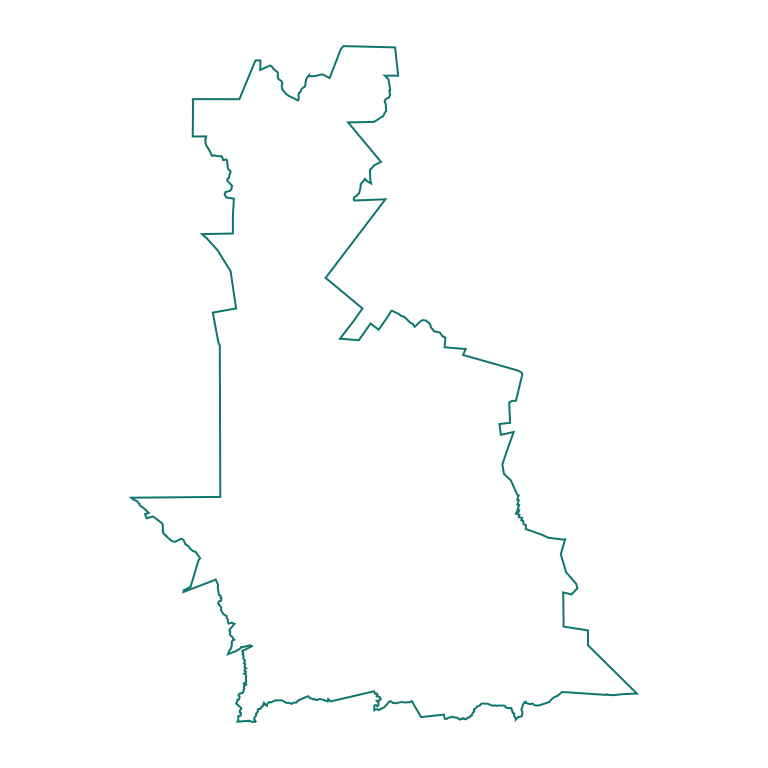 Buenaventura, Chihuahua, Mexico
{"feature_id": "50627088B21405977079278", "entity_name": "Buenaventura", "entity_type": "district", "adm_level": 2, "iso_a3": "MEX", "parent_name": "Mexico", "parent_adm1": "Chihuahua", "projection": "albers", "projection_center": [-107.167, 30.188], "detail": "fine", "context": "isolated", "style": "outline", "palette": "teal", "viewbox_px": 768, "rotation_deg": 0, "n_neighbors": 0, "source": "geoboundaries", "source_scale": "gbopen_adm2", "svg_char_len": 6077}
<svg xmlns="http://www.w3.org/2000/svg" viewBox="0 0 768 768"><path d="M212.8,312.6L218.4,342.6L219.8,345.4L220.3,496.9L131.2,497.7L133.3,499.5L137.1,501.2L139.4,503.9L139.6,505.3L143.3,507.8L148.8,512.9L145.0,514.1L146.7,518.3L153.0,516.4L161.9,523.1L162.7,524.3L162.9,529.2L162.6,530.3L163.3,531.0L162.8,532.5L164.8,534.8L165.7,535.1L165.8,535.8L166.3,535.8L167.1,537.0L171.8,541.1L174.6,541.8L176.3,541.3L181.0,538.7L183.4,539.7L185.5,544.5L188.3,546.0L190.6,549.1L193.0,551.1L195.5,551.8L200.2,558.3L198.6,560.0L190.6,586.8L183.7,590.4L183.5,592.0L215.7,579.6L218.0,584.7L217.8,587.7L218.9,594.8L219.3,594.7L221.2,597.0L220.6,598.0L221.4,598.7L221.3,600.2L220.9,600.9L219.8,600.9L218.6,601.9L218.1,603.3L221.1,607.3L220.9,609.9L223.4,614.1L226.7,616.1L226.6,617.6L228.0,620.1L227.7,621.5L228.7,623.6L231.5,622.7L234.5,623.9L229.4,629.9L229.4,630.8L230.2,631.4L230.3,632.0L229.8,634.8L232.6,637.3L233.4,639.2L234.1,639.7L232.9,640.2L231.7,642.0L231.9,644.5L231.6,646.2L230.7,648.9L229.2,651.0L228.0,654.2L236.1,651.1L240.9,648.0L241.2,647.0L243.5,646.9L250.5,645.3L251.9,646.2L244.2,650.2L242.5,650.6L242.3,651.6L243.4,653.0L242.6,654.5L243.7,656.1L243.3,658.3L243.8,659.5L244.9,660.3L244.8,661.6L243.9,663.0L245.2,664.2L244.5,667.0L246.1,668.2L244.8,669.0L244.9,670.1L244.5,670.5L244.7,671.3L245.7,671.6L245.6,673.0L244.2,673.7L245.5,674.5L246.2,675.9L245.8,679.5L246.3,681.4L244.7,682.9L245.6,682.8L246.3,684.0L246.2,684.5L244.4,684.0L244.1,684.6L244.7,685.9L243.8,686.8L244.3,688.5L243.6,689.5L243.8,690.8L242.9,692.1L243.0,692.6L239.6,693.7L238.6,694.5L238.7,695.7L239.6,696.7L239.1,699.1L238.7,699.6L237.3,699.8L237.2,701.4L236.2,703.5L241.2,708.1L241.0,709.1L239.8,710.7L239.9,712.5L241.0,712.9L240.7,715.5L238.2,716.2L238.3,720.2L237.5,721.7L247.4,720.9L248.1,721.4L249.3,720.6L251.6,721.8L253.3,721.8L254.3,721.2L254.7,721.9L255.3,721.9L255.7,721.4L254.2,719.1L254.2,718.3L256.0,715.6L256.0,714.0L257.9,711.5L257.7,709.5L259.1,708.7L260.4,708.9L261.6,706.7L262.6,706.5L263.9,702.8L264.8,703.6L264.8,704.5L265.4,705.0L265.8,704.8L266.9,705.6L267.0,704.5L268.3,702.7L269.5,702.0L270.7,702.5L275.5,700.3L279.2,700.3L282.1,700.4L286.1,702.8L288.7,702.8L291.8,703.9L293.2,702.7L296.3,702.6L297.9,700.6L298.5,700.8L299.0,700.1L307.7,696.3L308.4,696.3L310.0,698.2L311.4,698.4L312.9,699.4L314.4,698.9L315.2,699.6L316.7,700.1L319.1,699.2L321.7,699.3L327.7,701.5L328.2,699.1L330.7,701.4L374.0,691.3L375.1,693.8L376.7,693.4L377.6,694.5L376.8,696.3L379.7,697.0L380.7,699.0L378.6,701.2L377.8,700.6L376.8,700.9L378.3,702.3L378.6,704.7L377.5,706.3L376.1,705.1L375.0,705.2L374.2,706.0L374.4,709.8L374.8,709.3L375.0,709.7L376.8,709.2L379.0,709.9L384.4,707.2L389.6,701.3L391.1,701.4L393.0,703.1L395.0,702.9L395.6,703.3L401.2,702.0L405.0,702.5L410.1,702.2L411.8,701.1L421.1,717.1L443.9,714.6L444.8,718.8L447.0,718.8L447.9,717.9L450.9,717.4L452.4,716.6L454.0,717.4L456.8,717.6L460.0,719.6L461.1,718.7L462.3,719.0L462.4,718.5L463.6,718.2L464.2,718.9L465.9,719.3L467.5,717.8L469.8,717.0L470.5,715.7L471.7,715.6L472.6,713.0L474.3,711.5L473.8,710.3L473.9,709.4L474.7,709.1L477.1,706.6L480.0,705.5L480.4,704.5L482.2,703.5L487.4,703.7L493.0,705.9L494.9,705.3L496.6,706.0L497.6,705.5L503.7,705.5L505.2,706.2L505.4,707.1L507.2,708.0L511.3,708.1L512.1,711.0L512.5,711.1L512.6,712.8L514.3,713.5L514.0,715.7L515.8,718.7L515.8,719.5L517.9,717.2L521.8,716.2L522.5,712.0L521.5,710.1L521.5,708.8L522.3,707.4L523.1,704.2L524.6,702.2L525.7,701.8L525.9,703.0L530.3,704.2L532.6,703.5L534.2,705.0L535.8,705.5L539.0,705.4L548.9,702.2L552.6,698.3L555.2,696.6L557.1,696.1L562.2,692.0L606.2,694.9L606.6,694.3L607.5,694.8L613.5,695.2L622.3,694.2L636.8,693.5L588.0,645.3L587.9,630.4L563.6,626.6L563.2,592.4L571.4,594.5L577.4,588.3L576.3,584.0L566.1,572.2L560.8,554.3L565.1,539.3L563.3,539.6L548.3,537.7L541.7,534.7L525.7,529.0L525.9,524.9L523.6,524.2L523.1,520.8L521.3,520.2L522.1,518.1L518.7,516.9L519.4,514.8L516.0,513.7L516.9,511.5L518.5,512.1L519.2,510.1L517.6,509.5L519.1,505.1L517.4,504.5L518.8,500.2L517.2,499.7L518.6,495.3L517.6,495.0L517.0,494.1L510.7,480.2L503.9,473.8L502.4,464.3L508.2,447.1L513.7,432.0L500.8,434.8L499.5,424.0L510.1,422.8L509.2,402.5L512.1,400.9L515.9,400.9L522.3,374.5L521.8,372.6L517.7,370.5L463.1,355.0L465.6,349.0L444.6,347.3L445.4,337.8L444.0,336.7L443.8,337.0L442.5,336.2L440.0,332.7L433.7,331.1L432.6,329.1L431.4,328.3L429.8,323.7L426.1,320.6L423.0,320.1L421.2,320.7L414.7,326.8L412.6,323.7L410.6,323.0L403.9,316.5L401.3,316.1L399.1,314.1L392.3,310.9L391.4,310.8L387.0,317.8L378.6,329.7L370.6,323.5L358.8,340.2L340.0,338.7L353.4,321.3L362.5,308.5L325.6,277.9L385.4,199.3L354.2,200.5L353.8,199.1L353.9,197.6L357.2,195.3L357.5,194.5L359.1,193.3L360.6,187.2L360.6,184.9L361.8,182.6L364.6,180.0L364.6,179.2L365.2,179.0L365.5,179.8L367.8,181.7L371.1,183.5L370.3,179.8L370.0,169.9L374.5,165.1L381.0,161.9L348.1,122.4L374.0,121.9L383.4,115.9L384.9,112.4L386.2,111.1L385.7,103.8L384.7,101.8L384.9,100.3L385.8,99.1L388.8,97.6L390.2,94.9L389.3,90.7L390.1,90.2L390.2,89.4L388.4,79.2L384.8,75.7L398.2,75.7L395.1,47.4L343.4,46.1L340.9,49.0L329.6,78.0L322.8,74.5L320.3,74.7L315.5,76.0L311.4,76.3L310.0,75.8L308.8,76.5L308.4,76.4L308.5,75.9L307.2,77.4L306.0,80.0L306.1,81.1L305.4,82.2L305.6,84.0L305.0,86.3L301.6,89.0L300.0,92.4L299.1,92.8L298.7,93.6L298.5,96.1L298.9,98.0L298.0,100.4L288.6,95.8L286.1,93.9L282.0,89.0L281.7,85.3L282.5,83.5L281.1,80.8L279.2,79.6L277.8,78.0L277.8,72.4L273.7,69.1L271.9,66.7L270.3,65.5L260.2,69.9L260.4,60.4L255.4,60.5L239.4,99.2L192.8,99.1L193.1,103.3L192.7,136.5L206.2,136.4L206.1,137.7L205.1,139.9L205.6,141.2L205.5,143.1L206.3,145.3L210.2,151.9L211.6,155.2L212.6,155.9L213.3,155.4L219.8,156.4L221.5,156.1L222.6,157.8L222.9,159.9L223.6,160.2L226.2,159.4L227.3,161.0L227.2,163.9L227.9,165.9L227.6,167.0L227.8,168.0L228.9,170.0L230.1,170.7L230.6,171.8L229.2,176.1L229.0,178.0L227.6,178.8L227.2,180.5L232.1,185.9L232.1,186.6L231.4,187.5L231.7,188.5L230.3,190.7L225.4,192.1L224.6,194.5L226.2,197.4L233.9,198.7L232.9,215.2L232.9,233.5L202.2,234.1L207.3,238.9L217.7,250.4L230.6,271.3L236.1,308.4L212.8,312.6Z" fill="none" stroke="#0f766e" stroke-width="2"/></svg>